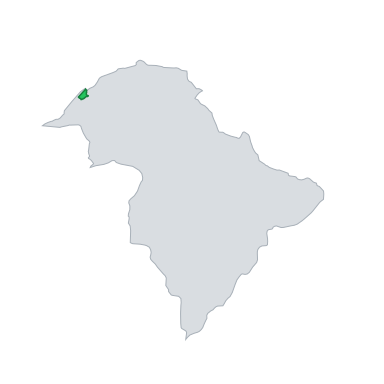 Dédé-Mokouba, Mambéré-Kadéï, Central African Republic shown in context, rotated 75°
{"feature_id": "33826404B19731387545693", "entity_name": "Dédé-Mokouba", "entity_type": "district", "adm_level": 2, "iso_a3": "CAF", "parent_name": "Central African Republic", "parent_adm1": "Mambéré-Kadéï", "projection": "equal_earth", "projection_center": [15.345, 3.879], "detail": "fine", "context": "in_parent", "style": "filled", "palette": "green", "viewbox_px": 384, "rotation_deg": 75, "n_neighbors": 0, "source": "geoboundaries", "source_scale": "gbopen_adm2", "svg_char_len": 4403}
<svg xmlns="http://www.w3.org/2000/svg" viewBox="0 0 384 384"><g transform="rotate(75 192 192)"><path d="M259.3,131.7L262.5,132.8L263.0,134.1L262.2,138.4L262.8,141.1L264.6,143.3L266.5,144.3L268.2,144.8L274.3,146.2L276.8,147.8L280.2,152.8L284.4,157.4L285.5,159.9L285.3,162.1L284.1,164.7L284.3,165.8L286.2,168.5L288.5,171.3L292.5,174.3L299.5,179.1L302.8,182.3L303.9,184.7L305.7,187.4L308.2,189.8L309.9,191.6L308.8,196.9L309.1,198.6L309.8,200.1L311.2,202.2L311.8,204.9L313.3,208.2L315.0,209.7L317.9,210.3L319.5,211.8L322.6,214.4L325.7,216.7L327.0,218.3L327.9,219.7L328.6,221.3L328.9,223.0L329.0,226.5L329.6,231.0L331.2,234.0L332.8,236.2L326.5,233.6L325.6,233.6L324.5,234.0L321.2,237.2L320.2,237.6L316.1,236.9L306.1,234.4L298.4,232.0L296.1,231.1L292.0,230.3L289.3,231.9L286.8,237.6L286.1,238.7L282.1,240.4L280.2,239.9L275.6,241.5L268.4,239.1L265.9,239.6L263.9,240.8L258.8,243.3L255.7,244.8L252.1,246.1L248.6,248.2L246.3,249.3L244.1,249.3L242.0,248.1L239.8,247.1L237.1,246.9L234.3,247.5L232.0,249.8L231.0,251.4L229.0,255.6L226.6,262.6L225.6,264.0L224.8,264.7L213.6,261.3L208.8,260.5L205.5,261.5L201.5,259.6L199.7,259.2L198.8,259.8L196.6,259.0L192.9,256.6L189.3,255.6L186.2,255.9L184.2,255.1L182.7,252.8L180.7,248.6L177.0,244.4L172.1,241.0L169.1,238.5L167.9,236.8L165.3,235.9L161.2,235.7L157.4,237.4L151.9,242.6L146.7,253.4L143.9,257.5L141.6,258.6L141.0,261.1L142.2,265.3L142.5,270.0L141.7,278.1L142.0,284.0L140.8,283.0L139.6,280.3L139.0,279.7L135.6,281.0L133.9,282.1L132.9,283.2L132.2,283.3L131.1,281.8L130.3,281.6L129.0,281.8L127.6,281.8L126.7,281.6L126.1,281.7L124.5,280.9L118.7,278.6L117.7,277.8L116.5,277.9L113.5,279.9L111.9,280.4L107.0,281.7L101.9,282.3L99.9,282.3L98.5,283.2L97.7,284.4L96.0,291.8L95.6,293.1L95.7,295.0L95.3,301.0L95.4,302.9L89.3,319.3L88.2,316.6L87.6,313.4L87.3,309.7L87.5,308.7L87.1,307.6L86.6,304.6L87.1,302.7L86.6,300.6L85.4,298.6L84.3,297.1L83.7,295.7L83.2,295.2L82.0,294.9L80.4,294.2L73.5,284.6L66.3,273.8L64.9,270.2L64.3,268.2L66.0,268.0L66.5,267.6L66.5,266.7L65.4,263.9L64.9,260.4L64.0,258.2L61.2,254.9L58.5,252.4L57.7,251.1L57.2,249.2L56.2,237.5L55.7,234.2L54.9,232.7L54.3,232.1L54.0,231.2L54.2,229.2L54.5,227.3L54.5,226.6L55.2,224.9L55.2,214.1L54.4,212.7L52.8,212.6L51.9,211.1L51.2,209.1L51.4,207.7L53.0,205.5L54.0,204.6L57.0,202.9L57.9,202.0L58.4,201.0L58.8,199.5L60.5,194.0L63.2,188.4L64.3,187.3L67.0,179.1L67.6,177.1L68.0,175.0L68.9,173.3L71.8,170.5L73.9,165.7L76.3,166.0L78.7,166.7L81.9,167.1L84.3,166.2L85.9,164.3L93.4,161.1L94.0,158.5L95.2,157.1L96.5,155.9L97.0,155.7L97.1,156.6L98.0,159.3L99.7,162.0L102.2,164.9L102.9,164.7L104.5,162.5L108.4,161.1L109.4,160.5L112.2,157.3L115.6,155.2L117.5,154.5L120.9,152.3L123.3,152.6L127.2,152.2L133.7,151.2L138.4,150.9L140.7,150.5L141.3,150.1L142.2,146.9L142.9,146.1L144.7,144.7L148.1,140.0L150.3,136.1L151.0,134.6L151.5,134.4L152.4,132.7L151.5,131.0L147.6,127.5L147.7,127.0L147.4,126.4L147.6,125.9L149.1,124.5L151.1,122.8L153.2,122.2L158.7,122.4L163.4,122.0L164.5,122.1L168.2,121.3L170.7,120.5L173.2,118.8L179.1,119.0L183.9,114.7L185.3,113.9L185.9,113.2L186.1,112.6L188.3,110.9L190.9,107.3L192.9,104.2L193.4,101.9L198.8,94.3L200.7,94.5L201.7,93.6L203.8,88.5L204.5,87.6L206.7,86.7L207.8,85.2L208.7,82.9L208.7,80.2L208.3,78.0L208.3,76.9L208.8,75.9L209.7,74.9L213.8,72.2L214.8,70.9L215.5,69.7L216.6,69.5L217.9,69.6L218.7,68.9L219.6,67.6L222.5,66.0L225.1,64.7L228.0,65.2L233.1,66.9L234.6,70.5L235.4,71.8L241.7,80.3L243.0,82.3L246.1,88.5L248.1,92.7L250.3,98.7L250.6,102.0L250.3,104.8L249.9,112.8L249.4,115.1L246.6,119.3L246.5,121.3L247.1,122.9L248.0,123.5L248.5,124.3L248.2,128.1L249.2,129.5L251.3,130.5L256.5,131.1L259.3,131.7Z" fill="#d9dde1" stroke="#a8b0b8" stroke-width="1"/><path d="M74.0,275.2L74.1,274.3L74.0,274.1L73.9,274.0L73.8,273.7L73.7,273.2L73.8,273.0L73.8,272.8L73.9,272.6L73.7,272.3L73.5,272.0L73.5,271.7L73.4,271.7L73.2,271.4L73.1,271.1L73.0,270.8L72.9,270.5L72.8,270.3L72.6,270.1L72.6,269.9L72.5,269.4L72.5,269.1L72.6,268.8L72.7,268.5L72.7,268.2L72.5,267.6L72.3,267.3L72.2,267.3L72.0,267.5L71.7,267.9L71.4,268.5L71.0,268.6L70.6,268.8L70.3,268.8L69.9,268.7L69.5,268.6L69.3,268.5L68.9,268.3L68.8,268.2L68.6,268.0L68.4,268.0L68.1,268.1L67.9,267.9L67.4,267.8L66.8,267.4L66.6,267.4L66.5,267.6L66.2,267.7L65.6,267.9L65.4,268.0L65.1,268.1L66.2,269.7L66.7,270.6L70.1,275.9L70.9,277.1L72.1,276.5L72.4,276.1L72.6,275.9L72.8,275.6L73.1,275.3L73.5,275.3L74.0,275.2Z" fill="#22c55e" stroke="#15803d" stroke-width="1.5"/></g></svg>